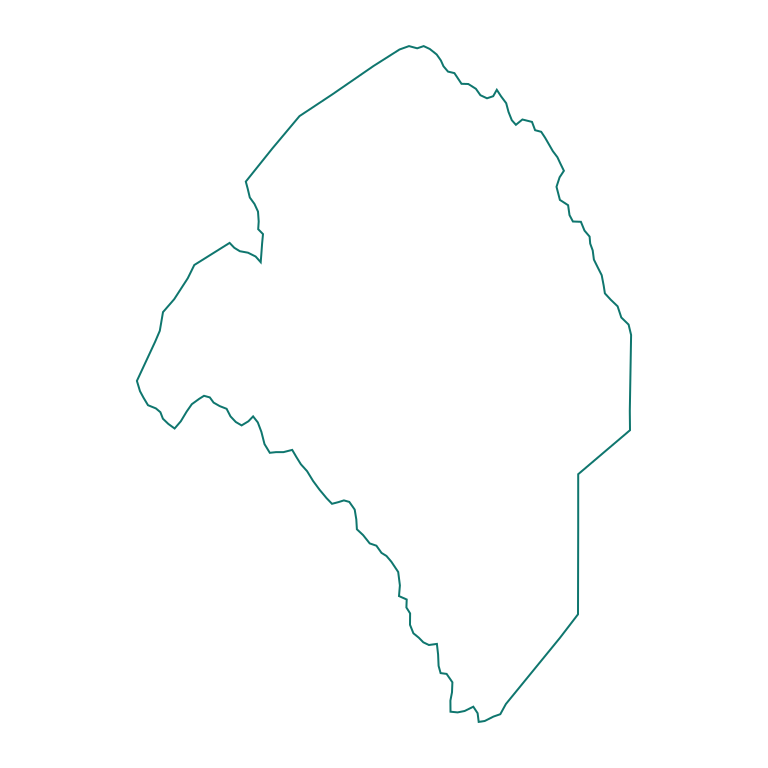 the district of Itabaianinha, Sergipe, Brazil
{"feature_id": "56859067B9262557988032", "entity_name": "Itabaianinha", "entity_type": "district", "adm_level": 2, "iso_a3": "BRA", "parent_name": "Brazil", "parent_adm1": "Sergipe", "projection": "equal_earth", "projection_center": [-37.794, -11.271], "detail": "fine", "context": "isolated", "style": "outline", "palette": "teal", "viewbox_px": 768, "rotation_deg": 0, "n_neighbors": 0, "source": "geoboundaries", "source_scale": "gbopen_adm2", "svg_char_len": 2087}
<svg xmlns="http://www.w3.org/2000/svg" viewBox="0 0 768 768"><path d="M617.6,306.3L610.8,299.8L604.9,293.4L603.7,285.7L601.7,275.2L597.8,267.5L593.9,259.6L592.7,250.4L590.2,243.6L589.6,236.6L584.5,230.6L580.9,221.8L572.9,221.5L569.5,215.1L568.1,205.2L559.9,199.9L556.5,186.8L559.6,177.3L563.9,170.8L560.2,163.2L557.4,157.2L552.8,151.1L548.9,144.3L545.2,137.9L541.2,131.8L535.1,130.2L532.0,121.9L522.4,119.5L515.9,124.8L511.8,120.2L508.5,111.9L506.2,103.2L501.1,96.4L496.8,89.8L493.2,96.2L487.0,98.3L480.4,95.2L475.9,88.8L468.3,84.0L461.5,83.8L454.4,73.1L448.0,71.6L443.5,66.3L440.9,60.5L436.7,54.5L429.8,49.0L423.7,46.1L417.2,48.3L409.0,46.1L399.5,49.5L373.5,66.0L332.3,94.4L299.5,116.1L272.4,148.4L245.8,181.6L247.7,188.7L249.8,197.5L254.5,204.0L258.0,211.6L258.7,221.5L258.2,229.2L263.0,234.1L262.1,243.6L261.3,254.6L260.7,262.2L255.6,256.5L248.0,252.7L239.8,251.2L234.3,247.8L229.6,242.9L194.3,265.0L187.8,278.2L174.2,299.2L163.0,312.1L159.8,330.8L155.1,341.8L136.9,380.9L140.0,391.2L143.5,397.7L148.0,405.2L155.9,408.4L160.4,412.2L162.9,418.7L168.3,423.9L174.6,428.5L180.8,421.3L186.7,411.5L191.8,404.2L199.1,398.9L204.0,395.8L209.8,397.4L213.6,402.6L219.7,406.1L226.6,408.8L230.5,416.4L235.8,422.0L241.6,425.4L248.4,421.3L253.1,416.4L257.8,422.4L261.4,431.9L264.5,444.1L269.8,452.8L276.3,452.1L283.6,452.1L292.2,449.9L296.6,457.4L300.9,464.3L307.1,471.2L313.1,481.0L319.6,489.8L326.6,498.2L332.0,503.8L338.5,502.1L343.9,500.4L349.3,501.9L354.7,509.6L356.3,519.4L356.9,529.3L363.1,535.1L369.7,543.4L376.4,545.7L381.5,552.9L386.5,556.0L391.4,561.8L398.2,572.0L399.9,585.4L399.0,596.1L406.7,599.5L406.4,607.5L410.1,613.4L410.0,624.8L413.4,633.3L418.8,637.7L423.3,642.3L428.9,645.0L436.9,643.9L438.1,654.6L438.6,665.9L440.6,673.1L446.6,673.9L452.4,682.3L452.0,692.3L450.4,700.6L450.5,711.7L457.6,712.4L464.6,711.0L473.3,706.7L477.6,713.2L478.7,721.9L484.7,721.0L493.4,716.6L500.3,714.2L505.9,704.0L559.9,637.9L578.0,614.3L578.2,527.6L578.2,495.1L578.2,474.2L630.0,430.2L629.8,411.0L631.1,335.0L628.6,324.6L621.3,317.5L617.6,306.3Z" fill="none" stroke="#0f766e" stroke-width="2"/></svg>